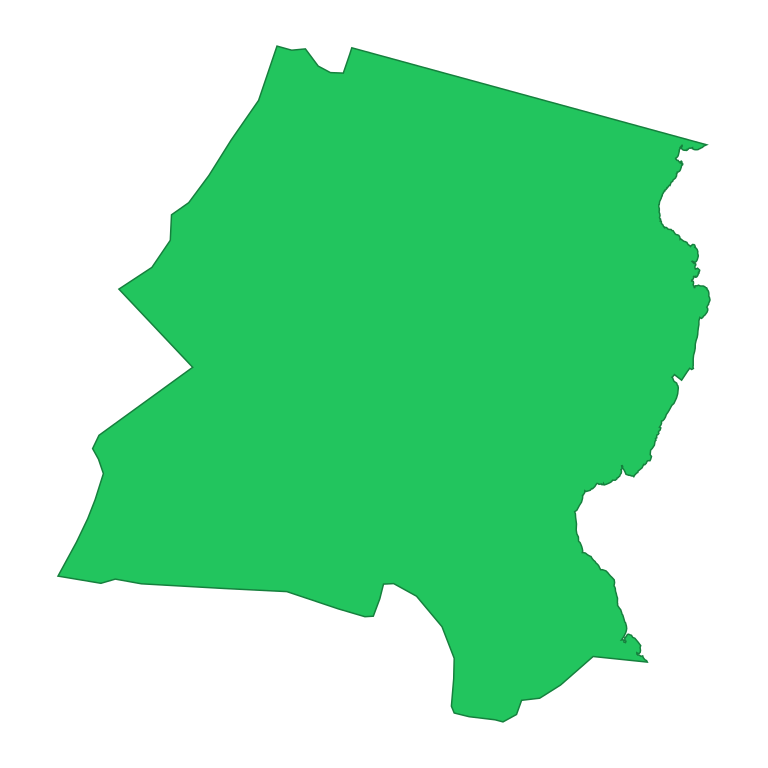 outline of Ngkeklau, Ngiwal, Palau
{"feature_id": "81905179B53990233662504", "entity_name": "Ngkeklau", "entity_type": "district", "adm_level": 2, "iso_a3": "PLW", "parent_name": "Palau", "parent_adm1": "Ngiwal", "projection": "robinson", "projection_center": [134.636, 7.588], "detail": "fine", "context": "isolated", "style": "filled", "palette": "green", "viewbox_px": 768, "rotation_deg": 0, "n_neighbors": 0, "source": "geoboundaries", "source_scale": "gbopen_adm2", "svg_char_len": 6117}
<svg xmlns="http://www.w3.org/2000/svg" viewBox="0 0 768 768"><path d="M118.9,289.1L192.7,367.3L99.0,435.3L92.6,448.6L98.5,459.2L103.4,473.6L95.1,499.8L87.7,518.7L76.5,542.1L58.0,576.1L100.9,583.3L115.3,579.1L141.4,583.8L224.5,588.5L286.8,591.6L338.4,608.9L364.9,616.7L373.3,616.2L379.8,598.8L383.5,584.1L393.7,583.6L416.5,596.2L442.0,626.7L454.2,658.3L453.7,678.8L451.4,706.2L454.2,713.0L469.1,716.7L495.1,719.8L503.0,721.9L516.5,714.5L521.6,700.3L539.7,698.2L560.6,685.0L593.1,656.5L647.3,662.1L646.6,660.6L645.1,659.9L644.2,658.9L643.2,657.5L642.7,655.9L640.9,656.3L639.1,655.0L637.9,655.1L636.8,654.0L636.8,652.7L638.2,653.5L639.3,653.3L640.2,652.3L640.5,650.4L640.1,647.5L640.7,645.6L639.6,644.2L638.4,642.5L634.9,638.3L632.6,637.3L631.5,635.3L630.1,634.9L628.6,634.2L627.4,634.5L626.2,636.6L624.8,637.8L624.9,640.5L626.0,641.2L625.5,642.6L623.9,642.1L623.9,640.9L623.1,639.7L621.4,640.0L623.1,637.6L624.3,635.7L625.7,632.7L626.3,630.8L626.7,628.6L626.4,626.0L625.9,624.2L625.5,622.7L624.8,622.0L623.7,618.1L622.8,615.1L622.0,614.0L621.6,612.4L620.7,609.7L619.3,608.0L617.5,605.2L617.7,604.0L617.4,602.7L617.5,598.1L616.7,595.7L616.3,593.7L615.5,591.2L615.3,588.5L614.8,587.1L614.0,585.9L614.6,582.6L614.2,579.8L612.1,577.5L610.5,576.0L609.2,574.5L607.8,572.7L606.0,570.9L602.5,569.7L600.6,569.7L598.5,565.4L597.1,563.9L596.0,563.0L595.0,561.4L593.7,560.4L592.1,558.5L591.0,556.5L589.8,556.1L587.4,554.7L585.5,553.1L583.4,552.6L582.3,552.6L582.7,550.9L582.3,548.7L581.7,546.5L580.9,544.5L580.0,542.5L578.6,541.3L578.4,537.0L576.8,533.8L576.2,529.9L576.5,524.0L575.6,517.3L575.4,513.7L574.6,511.7L576.8,510.3L579.6,505.1L581.5,502.2L582.5,498.6L582.7,496.5L582.5,495.4L583.4,494.9L584.0,493.6L584.7,492.7L584.8,490.7L586.0,491.5L590.2,490.3L591.7,488.6L592.5,488.8L594.9,486.5L596.1,484.5L597.0,483.4L598.4,483.7L598.9,484.3L601.5,484.0L601.7,484.6L603.1,484.7L603.5,483.4L604.3,484.9L606.2,484.3L608.8,483.2L610.6,482.3L611.8,481.4L612.5,480.2L614.4,480.2L615.3,480.2L616.9,478.9L617.2,477.9L618.3,477.5L618.6,476.9L619.6,476.3L620.4,474.3L621.3,473.1L621.5,471.2L621.0,469.6L621.6,469.5L622.0,468.2L621.8,467.1L621.6,465.7L622.3,465.6L622.7,466.4L622.5,467.8L623.7,469.4L624.9,471.7L626.0,474.3L628.8,475.3L630.1,475.3L631.2,475.9L633.2,476.1L633.8,476.7L634.6,475.2L636.7,473.0L637.8,472.5L638.1,471.1L642.1,467.8L643.7,464.4L644.7,464.8L646.3,463.2L647.0,461.4L647.9,460.7L650.0,460.7L650.7,459.2L651.5,456.5L650.2,454.7L650.6,450.2L652.2,448.5L654.4,445.2L655.0,441.3L656.0,440.2L655.5,438.5L656.8,437.8L656.6,436.7L656.9,435.0L658.1,434.5L658.9,433.3L658.4,432.0L658.8,431.3L660.1,430.1L660.8,427.9L659.4,427.2L660.8,425.2L661.5,423.5L661.5,421.1L662.8,420.7L664.3,419.1L665.5,417.0L666.3,414.6L668.2,411.9L669.7,409.3L671.8,405.4L673.9,403.5L676.5,398.0L677.7,393.8L678.3,387.9L677.9,385.8L677.2,385.0L676.7,383.2L675.8,382.5L674.2,381.5L673.7,380.7L673.2,379.5L672.7,378.0L672.0,377.3L673.8,375.5L674.4,374.6L681.6,380.2L687.5,371.3L689.7,368.3L691.7,369.5L693.4,368.5L692.9,367.0L693.2,365.9L693.2,358.9L693.6,355.1L694.6,351.5L695.2,348.2L695.3,344.1L696.1,340.5L697.2,337.3L697.7,334.5L697.9,331.3L698.4,327.5L698.9,324.7L698.9,320.8L699.9,317.4L701.4,318.4L702.6,317.6L703.5,316.2L705.0,315.0L707.1,312.1L707.8,310.0L707.6,308.3L706.8,307.4L707.2,306.3L708.7,304.1L708.6,303.4L709.6,301.2L710.0,300.0L709.7,298.5L709.4,297.2L708.8,296.4L708.9,293.9L708.7,292.2L708.3,291.0L707.7,290.0L707.1,289.7L707.1,288.8L706.6,287.8L705.9,287.8L704.6,286.5L704.1,286.6L703.3,286.0L700.4,286.0L698.5,285.2L697.4,285.7L696.5,285.8L695.3,285.8L694.9,286.9L694.8,287.6L694.3,287.6L693.8,286.0L693.1,284.7L693.5,283.7L693.5,282.4L693.3,281.4L692.5,281.1L691.7,281.0L691.8,280.3L692.1,279.7L692.7,279.6L693.1,279.0L693.4,278.4L693.6,277.7L693.5,276.6L693.9,276.3L694.7,276.8L695.5,276.4L695.5,277.2L696.3,277.1L696.9,276.7L697.7,275.6L698.3,274.0L698.8,273.4L698.4,273.0L698.5,272.2L699.2,272.1L699.7,270.2L697.6,268.2L696.6,268.7L695.4,269.0L694.9,267.6L695.0,266.0L695.6,265.4L695.8,264.1L695.1,263.5L694.1,263.5L692.0,261.4L692.5,261.2L694.5,262.2L695.4,262.1L696.2,261.5L696.8,260.6L697.3,259.6L698.0,257.2L698.3,255.9L698.1,254.8L697.7,253.4L697.8,251.4L697.0,249.2L696.3,248.6L695.7,247.7L694.8,247.3L695.2,246.6L694.7,245.1L694.0,244.6L692.5,244.5L690.4,246.5L689.9,245.6L688.5,244.9L687.8,244.1L686.9,242.4L684.9,241.5L683.8,241.3L682.3,240.1L680.6,238.8L680.1,239.3L679.8,237.0L678.7,235.3L677.3,234.8L676.2,234.6L675.1,233.8L673.1,230.7L672.0,230.6L671.1,229.5L668.1,229.3L667.6,228.4L665.9,227.3L664.5,227.8L664.1,226.7L663.6,226.6L662.7,224.6L662.0,224.0L661.4,223.4L661.4,221.9L661.2,221.3L660.3,221.1L660.7,220.5L660.7,219.9L660.2,219.7L660.4,218.9L659.8,218.5L659.5,217.4L660.0,215.7L659.7,213.6L659.1,212.1L659.3,210.6L659.3,208.6L658.8,206.8L658.8,204.7L659.2,204.6L659.6,201.6L661.1,198.5L661.9,196.0L662.2,195.9L662.4,194.4L664.1,191.6L664.5,190.7L664.9,190.8L665.0,190.1L665.8,189.7L666.9,188.4L666.9,187.7L667.4,187.8L669.3,185.3L670.0,185.5L671.1,182.4L672.7,181.3L672.9,180.3L673.7,179.5L675.3,178.2L675.8,177.6L676.0,176.7L676.5,176.1L676.7,174.3L676.4,173.9L677.1,173.3L677.2,172.1L678.5,171.9L678.9,171.5L679.6,171.1L680.3,170.0L681.3,167.1L681.5,165.9L682.0,164.8L682.5,164.9L682.8,164.0L682.3,163.6L681.9,163.7L681.5,163.5L682.0,162.7L681.8,161.6L681.2,161.1L680.6,161.8L680.4,163.5L679.8,161.9L678.9,161.7L678.1,160.4L677.0,160.4L676.5,159.5L675.7,159.0L675.6,158.3L676.6,157.6L677.4,156.9L678.0,156.0L678.4,154.9L679.2,151.5L679.3,149.8L679.8,149.3L679.9,148.3L680.7,148.2L680.2,147.4L682.5,144.7L682.0,145.7L682.1,146.6L681.6,146.8L681.3,147.6L681.5,148.5L682.3,149.4L683.2,150.0L684.4,150.3L685.6,150.2L686.1,150.5L687.1,150.2L687.2,149.3L688.0,149.4L689.0,148.3L689.7,148.1L690.9,148.2L692.5,147.6L692.5,148.8L693.1,148.9L694.0,149.5L695.0,149.7L697.2,149.7L698.3,149.5L699.4,148.7L700.0,148.6L701.0,148.0L702.4,147.4L703.9,146.0L706.6,144.8L351.8,47.8L349.8,54.1L343.3,73.1L330.4,72.6L318.2,66.1L305.4,48.9L291.7,50.2L277.0,46.1L258.6,100.4L231.1,140.1L208.9,175.5L188.7,202.7L171.5,214.8L170.3,240.3L151.9,267.4L118.9,289.1Z" fill="#22c55e" stroke="#15803d" stroke-width="1.5"/></svg>